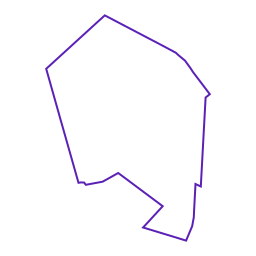 Rio Grande do Piauí, Piauí, Brazil
{"feature_id": "56859067B48966136379340", "entity_name": "Rio Grande do Piauí", "entity_type": "district", "adm_level": 2, "iso_a3": "BRA", "parent_name": "Brazil", "parent_adm1": "Piauí", "projection": "orthographic", "projection_center": [-43.132, -7.786], "detail": "fine", "context": "isolated", "style": "outline", "palette": "violet", "viewbox_px": 256, "rotation_deg": 0, "n_neighbors": 0, "source": "geoboundaries", "source_scale": "gbopen_adm2", "svg_char_len": 500}
<svg xmlns="http://www.w3.org/2000/svg" viewBox="0 0 256 256"><path d="M192.2,226.1L193.8,217.2L194.1,210.3L195.5,184.0L200.8,186.5L203.5,136.5L205.6,97.5L209.8,94.2L204.2,86.8L193.1,72.2L190.5,68.2L185.0,60.6L178.8,55.5L175.9,52.8L156.2,42.3L148.5,38.3L104.8,15.4L97.7,21.8L93.1,26.0L46.2,68.8L61.9,124.4L62.6,126.8L78.5,182.8L81.1,182.4L84.2,182.6L85.8,184.8L102.6,181.7L118.2,173.0L120.1,174.4L162.7,206.2L143.1,227.5L186.1,240.6L192.2,226.1Z" fill="none" stroke="#5b21b6" stroke-width="2"/></svg>